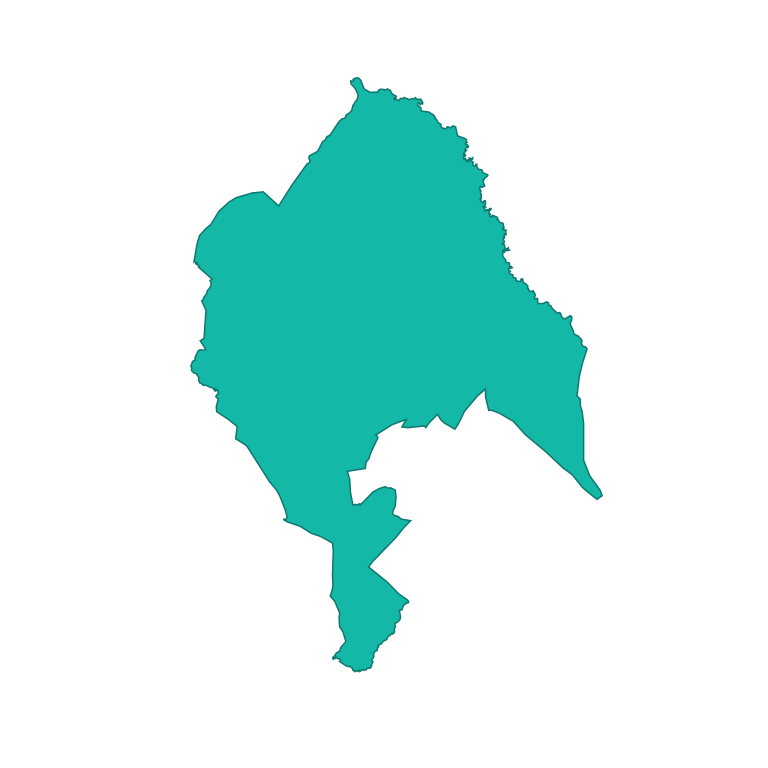 Handeni, Tanga, United Republic of Tanzania, rotated 221°
{"feature_id": "72390352B54290670955979", "entity_name": "Handeni", "entity_type": "district", "adm_level": 2, "iso_a3": "TZA", "parent_name": "United Republic of Tanzania", "parent_adm1": "Tanga", "projection": "mercator", "projection_center": [38.284, -5.494], "detail": "fine", "context": "isolated", "style": "filled", "palette": "teal", "viewbox_px": 768, "rotation_deg": 221, "n_neighbors": 0, "source": "geoboundaries", "source_scale": "gbopen_adm2", "svg_char_len": 6171}
<svg xmlns="http://www.w3.org/2000/svg" viewBox="0 0 768 768"><g transform="rotate(221 384 384)"><path d="M208.6,163.5L209.3,163.9L210.1,167.1L211.9,167.5L212.9,171.9L214.4,172.8L215.5,176.1L214.3,178.1L215.8,180.8L215.6,182.0L216.9,182.9L215.5,186.6L215.9,189.1L214.4,192.6L215.3,196.3L215.0,197.9L214.4,198.0L214.5,201.2L213.4,201.1L213.0,201.9L213.6,204.2L215.3,205.1L216.0,208.3L218.1,209.7L218.5,210.9L217.4,213.6L217.5,217.0L218.8,219.2L223.8,223.1L222.3,225.5L224.1,230.0L223.4,232.0L223.6,233.6L222.3,234.3L222.5,236.0L224.8,236.4L235.6,235.3L251.2,236.6L275.6,235.8L276.1,242.2L274.3,275.8L274.8,288.1L274.2,298.3L282.3,293.4L286.4,293.3L291.0,291.2L293.6,293.0L295.3,298.9L300.7,306.5L305.9,311.3L310.7,310.1L312.1,308.4L315.8,307.2L319.0,302.0L321.5,295.1L322.4,277.5L323.6,277.9L324.4,276.6L323.7,276.1L326.9,274.1L326.9,273.1L328.2,272.4L338.2,280.2L347.3,289.5L354.4,294.0L342.7,308.0L346.3,313.3L346.3,317.4L349.0,323.7L353.3,339.4L354.9,340.2L356.8,340.0L351.1,358.8L344.0,371.8L342.3,363.3L337.3,366.7L326.0,378.9L323.9,378.5L324.5,385.2L323.6,396.2L317.7,394.3L313.1,394.1L300.9,396.4L301.5,401.7L305.4,416.5L305.6,436.8L304.1,446.7L298.6,440.7L287.6,432.8L285.9,434.7L278.2,437.5L262.0,440.7L244.0,438.5L216.4,439.0L194.0,438.1L182.1,439.0L166.3,436.1L160.5,436.1L147.6,436.7L146.1,442.9L151.1,445.6L168.6,449.7L183.4,457.5L207.4,485.1L216.0,492.9L221.5,496.4L225.8,501.3L230.6,501.7L241.7,518.1L248.1,530.4L253.8,543.8L256.2,544.2L258.6,543.1L261.5,543.9L262.9,546.6L264.5,547.1L268.7,547.6L273.4,546.3L275.8,548.2L282.2,551.1L283.8,552.9L283.8,554.4L285.9,557.6L287.7,557.9L288.5,557.3L290.0,551.8L291.1,551.2L293.6,551.2L297.4,553.2L298.3,553.1L299.6,551.3L300.8,551.2L306.0,551.3L309.8,552.5L311.7,551.6L313.1,553.2L314.3,552.9L315.4,552.4L316.5,549.3L320.3,546.0L321.7,546.5L323.9,549.1L324.8,549.0L325.9,547.0L326.6,547.1L328.3,550.6L331.0,551.7L331.8,551.3L332.5,552.2L333.7,550.4L335.7,549.3L337.3,550.7L338.4,550.4L339.6,552.3L343.3,552.6L345.4,551.9L348.4,554.3L349.4,552.9L348.4,550.7L351.2,548.9L352.9,549.1L353.6,550.4L356.5,549.2L358.6,551.0L361.6,549.5L362.5,549.9L362.5,551.9L364.8,551.8L365.9,552.6L363.5,555.9L365.2,556.2L366.1,554.8L368.7,557.6L372.1,555.7L373.4,557.4L378.0,558.3L380.4,560.7L379.5,562.8L381.9,562.4L382.1,563.4L378.4,565.5L377.3,567.3L378.4,567.0L379.5,568.3L380.4,565.5L381.1,565.3L384.9,568.3L386.8,567.3L386.3,570.3L389.2,571.7L389.1,572.8L389.5,572.4L390.1,574.6L391.6,576.0L389.8,576.8L392.4,579.0L392.7,580.2L395.8,578.4L396.4,578.9L395.8,580.4L396.3,581.2L397.2,580.9L398.7,583.0L399.7,583.3L402.2,582.1L404.6,582.2L405.3,582.9L406.7,582.4L407.0,583.7L407.9,584.1L412.5,582.7L413.0,582.1L411.9,580.8L414.0,579.8L415.3,580.7L414.9,581.5L415.5,581.9L417.2,581.7L418.0,584.0L417.8,586.2L418.5,586.6L419.3,585.6L419.2,583.9L420.8,583.1L420.6,581.3L421.3,580.9L422.9,582.3L425.1,582.9L423.4,584.3L425.4,584.8L425.5,586.5L427.5,588.6L428.5,588.3L428.6,585.5L432.2,585.9L432.1,587.4L433.1,587.2L433.0,588.4L434.6,590.6L437.4,592.0L437.4,593.2L440.4,594.4L440.7,596.4L439.2,596.5L437.9,599.5L442.0,601.7L442.5,603.6L443.4,603.4L442.3,608.7L442.8,610.0L448.1,608.3L450.6,609.8L453.6,608.1L456.4,608.8L458.2,610.8L458.8,610.1L457.9,609.0L459.8,607.4L461.8,608.5L462.0,609.9L463.7,609.6L465.3,610.2L464.6,611.7L465.4,612.9L465.8,611.5L467.9,610.5L467.0,609.7L467.4,608.8L466.1,607.9L467.7,607.6L467.6,606.2L470.5,607.7L470.8,605.9L473.1,607.9L472.2,609.8L473.6,610.5L474.1,609.3L475.1,609.5L475.2,614.6L476.6,613.4L476.8,614.3L476.9,617.1L475.8,617.6L476.1,618.7L476.8,618.9L477.4,617.8L477.9,619.2L480.3,618.5L479.9,621.0L481.1,620.9L481.8,622.3L483.2,622.6L491.3,619.6L498.7,625.0L501.3,624.1L501.5,621.3L504.9,619.8L504.8,617.4L507.0,615.7L509.6,615.6L511.4,617.3L514.8,616.8L518.1,618.2L519.3,617.7L520.3,618.8L523.0,619.5L528.5,618.7L535.0,614.4L537.5,616.7L541.3,616.4L542.7,618.8L539.8,618.8L540.1,619.9L538.6,620.7L539.4,621.8L543.1,623.1L545.5,620.7L548.3,620.6L548.2,618.8L550.1,617.9L551.1,615.5L557.0,613.3L557.1,611.5L558.9,610.4L558.9,607.3L562.5,607.0L562.5,605.4L563.7,605.6L564.0,606.8L563.1,608.8L564.2,609.2L567.9,608.3L571.9,609.7L575.0,608.9L575.7,607.1L579.8,604.5L580.8,602.6L580.2,600.4L585.7,595.0L592.5,593.7L601.2,598.1L603.9,598.2L605.9,596.9L607.2,593.7L606.1,593.5L606.1,592.0L608.0,590.9L605.7,588.9L599.4,588.1L593.5,585.5L591.2,582.0L590.2,573.9L587.9,569.3L587.9,566.2L589.1,562.1L588.1,560.2L588.2,558.5L589.7,556.3L590.1,552.5L588.0,536.6L589.4,533.0L588.5,529.9L589.3,526.7L586.7,516.0L590.0,507.3L589.0,505.2L586.5,504.0L585.4,502.3L586.5,499.7L583.9,473.0L580.3,449.3L601.2,449.8L608.8,441.7L617.9,427.5L620.3,419.7L621.9,406.1L619.3,390.7L620.4,384.5L620.6,375.1L616.9,366.9L607.6,351.6L607.5,352.4L606.0,352.4L605.3,351.3L604.5,351.3L605.0,352.1L604.6,352.8L602.2,351.5L600.6,351.6L600.6,350.5L582.7,350.4L583.2,347.9L580.9,347.0L579.5,345.4L578.4,340.8L578.6,338.8L577.2,335.9L576.7,330.8L575.9,329.3L576.2,327.2L566.7,322.8L549.7,300.3L551.1,296.1L541.0,293.1L541.7,291.7L545.4,289.0L546.0,286.8L543.9,279.9L542.3,278.3L543.3,275.4L541.5,270.8L539.4,269.8L538.2,267.9L534.5,267.6L531.9,269.0L530.7,267.9L528.8,267.9L526.1,265.1L523.7,263.9L522.8,264.6L519.4,264.4L518.0,266.2L512.4,267.7L510.3,268.9L509.3,268.5L508.6,269.5L507.7,269.4L508.3,268.1L507.2,267.8L506.3,268.4L506.6,270.0L505.2,270.1L502.5,268.0L503.1,266.2L502.5,264.0L499.2,263.9L495.6,256.7L492.1,253.3L478.2,255.2L466.9,255.6L460.0,245.3L449.0,247.1L446.1,247.0L406.1,235.1L395.6,233.5L388.8,230.9L376.4,224.5L369.8,220.0L369.2,217.7L370.9,216.2L370.1,215.8L366.0,216.7L354.3,221.5L340.7,223.7L331.9,227.3L318.5,230.2L312.4,224.3L297.2,205.6L291.0,199.3L288.0,194.8L285.5,188.7L278.4,187.6L267.0,182.0L264.8,178.4L258.2,171.7L252.2,169.9L244.5,165.0L243.7,164.1L243.8,157.2L242.3,153.0L243.5,150.0L242.8,145.2L243.3,144.1L242.3,143.0L241.6,143.1L242.0,143.9L240.8,144.7L241.2,146.4L238.9,146.2L237.4,147.4L235.9,147.4L235.5,145.4L227.3,146.5L224.2,148.2L224.2,148.9L221.2,148.5L219.8,147.6L217.1,147.9L216.7,149.5L215.1,150.0L215.4,151.4L215.0,151.8L213.6,151.1L212.9,154.3L211.2,154.8L210.9,156.2L209.9,156.5L210.1,158.4L207.9,160.7L208.6,163.5Z" fill="#14b8a6" stroke="#0f766e" stroke-width="1.5"/></g></svg>